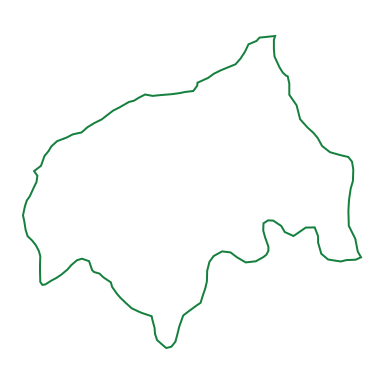 Tartar District, Tərtər, Azerbaijan (Equal Earth projection)
{"feature_id": "54616110B79809370995070", "entity_name": "Tartar District", "entity_type": "district", "adm_level": 2, "iso_a3": "AZE", "parent_name": "Azerbaijan", "parent_adm1": "Tərtər", "projection": "equal_earth", "projection_center": [46.824, 40.278], "detail": "fine", "context": "isolated", "style": "outline", "palette": "green", "viewbox_px": 384, "rotation_deg": 0, "n_neighbors": 0, "source": "geoboundaries", "source_scale": "gbopen_adm2", "svg_char_len": 1938}
<svg xmlns="http://www.w3.org/2000/svg" viewBox="0 0 384 384"><path d="M275.1,36.0L267.4,36.8L259.5,37.6L256.6,40.9L248.5,44.3L245.0,51.7L240.5,58.6L235.5,64.3L226.6,67.9L220.8,70.3L213.9,73.7L208.1,77.9L197.5,82.7L197.2,85.7L193.3,91.0L185.0,92.0L179.1,93.2L171.4,94.2L160.3,95.1L152.6,95.9L145.1,94.5L138.5,97.9L134.0,100.7L128.8,102.0L120.2,107.0L113.0,110.7L107.9,114.6L101.7,119.4L94.2,123.1L87.5,127.2L81.6,132.4L72.7,134.4L66.5,137.6L57.2,141.1L51.4,146.3L48.4,151.3L44.5,155.9L41.0,165.8L34.1,171.1L37.4,175.8L36.5,182.0L33.8,187.5L29.9,196.1L26.8,200.5L24.9,206.4L23.0,215.4L24.2,220.8L25.6,229.8L27.6,236.2L32.3,240.7L36.0,245.5L38.9,251.1L40.3,256.3L40.0,264.6L40.0,271.0L40.3,282.0L42.4,284.9L45.4,284.4L51.0,280.8L56.3,278.0L61.5,274.5L67.5,269.5L71.2,265.2L77.0,260.2L82.0,258.7L89.1,261.2L92.1,270.1L94.0,272.0L99.5,273.6L103.2,277.2L110.9,282.4L112.1,286.9L116.9,293.7L120.4,297.8L126.2,303.3L131.7,308.3L138.5,311.5L142.0,313.0L151.6,316.2L152.6,320.6L154.6,328.0L155.0,333.8L157.1,340.1L163.1,345.4L166.2,348.0L168.3,347.5L171.4,346.7L175.4,341.7L177.3,334.6L179.2,326.8L183.2,315.5L188.9,311.1L196.7,305.4L200.6,302.8L202.5,296.5L205.2,288.6L206.9,281.4L207.2,270.7L209.5,261.7L213.7,256.0L222.1,251.4L230.5,252.4L237.0,257.3L245.7,262.4L255.8,261.3L263.5,257.0L266.4,254.7L268.4,250.8L268.4,246.7L265.0,237.0L263.2,230.4L263.5,223.3L268.0,220.4L273.2,220.6L281.3,226.0L284.7,232.0L293.5,236.0L299.8,231.7L305.7,227.6L314.7,227.4L318.1,236.3L318.1,242.6L321.3,253.8L328.1,259.5L340.7,261.5L346.3,260.1L355.6,259.7L361.0,257.3L357.7,251.4L355.3,238.8L348.8,225.8L348.4,210.9L349.0,200.0L350.7,188.6L352.9,181.0L353.3,169.5L352.0,161.7L348.3,157.0L339.9,155.0L330.0,152.2L322.1,146.0L317.7,138.0L313.4,132.8L307.6,127.6L300.1,119.2L297.9,110.5L296.6,105.3L289.3,94.8L289.3,83.6L287.7,76.3L285.9,75.5L282.7,72.5L279.4,67.1L274.5,56.5L273.9,49.1L273.9,39.8L275.1,36.0Z" fill="none" stroke="#15803d" stroke-width="2"/></svg>